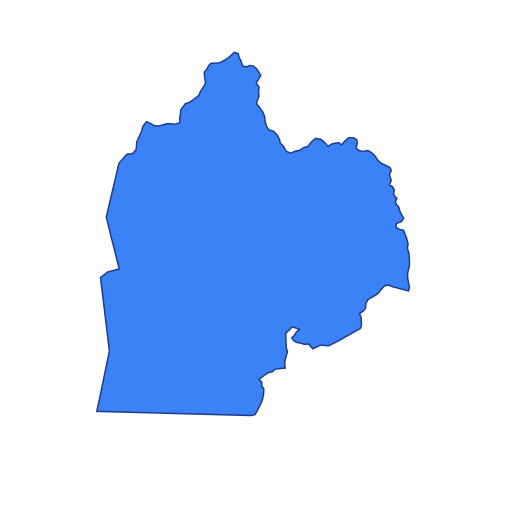 Caturama, Bahia, Brazil, rotated 15°
{"feature_id": "56859067B37674198334036", "entity_name": "Caturama", "entity_type": "district", "adm_level": 2, "iso_a3": "BRA", "parent_name": "Brazil", "parent_adm1": "Bahia", "projection": "albers", "projection_center": [-42.287, -13.232], "detail": "fine", "context": "isolated", "style": "filled", "palette": "blue", "viewbox_px": 512, "rotation_deg": 15, "n_neighbors": 0, "source": "geoboundaries", "source_scale": "gbopen_adm2", "svg_char_len": 2544}
<svg xmlns="http://www.w3.org/2000/svg" viewBox="0 0 512 512"><g transform="rotate(15 256 256)"><path d="M412.4,250.3L412.3,246.4L409.9,241.8L407.8,236.9L406.8,232.6L406.8,228.4L406.5,224.7L405.1,219.8L403.3,214.2L400.3,209.6L399.7,204.9L396.7,199.6L393.5,195.2L391.5,192.8L388.2,193.3L383.9,192.1L383.1,188.4L387.5,185.1L388.9,181.4L386.7,179.1L383.6,175.9L381.2,171.7L378.1,169.9L376.5,167.1L377.1,163.9L373.0,161.2L372.5,156.4L369.7,153.6L366.3,153.1L367.1,148.1L363.7,142.8L364.5,138.3L362.4,135.8L356.7,134.6L352.4,133.9L348.8,131.9L345.1,128.6L340.8,126.3L336.9,125.1L332.3,127.3L328.1,127.5L324.5,125.8L324.7,121.0L323.3,117.7L319.9,116.5L315.0,117.8L311.7,122.7L309.8,126.7L306.9,125.1L304.0,126.2L300.4,128.0L297.1,131.4L293.7,129.1L288.8,126.5L283.1,127.0L279.7,131.8L278.0,136.7L274.2,138.8L270.8,142.7L266.8,144.5L263.1,147.7L258.2,147.1L254.0,142.9L250.2,140.7L248.6,137.5L245.6,134.0L240.5,130.9L235.6,130.8L232.8,128.1L230.2,124.3L228.2,119.0L225.4,115.3L220.8,111.4L217.4,109.1L216.9,105.4L217.6,101.2L216.0,96.8L215.2,92.2L211.4,88.9L212.6,84.7L213.9,80.5L211.0,77.5L207.6,74.8L204.4,73.2L200.7,73.6L198.0,75.6L194.1,76.1L191.3,71.9L188.1,68.3L186.6,65.3L182.6,64.7L180.4,68.0L177.9,71.8L175.1,74.8L171.5,78.3L167.7,80.1L162.9,81.3L160.9,84.6L160.1,88.6L158.5,91.8L160.4,97.4L162.5,102.0L161.6,106.0L159.7,111.4L159.3,115.6L156.1,119.8L151.9,124.8L148.3,127.2L147.1,130.4L145.5,134.3L146.3,138.0L146.5,142.0L147.9,147.0L143.7,149.8L139.5,150.2L135.2,151.5L128.3,155.7L123.8,156.4L119.3,155.2L115.5,154.6L113.1,160.3L113.2,165.2L112.3,170.3L111.3,176.8L112.0,180.5L112.7,184.2L110.1,189.2L105.0,191.1L99.6,201.8L101.3,257.2L104.7,263.3L113.9,280.0L118.7,288.4L122.8,296.0L125.6,300.9L127.3,303.9L116.9,309.8L111.4,317.1L139.0,385.7L140.2,406.5L141.9,435.9L142.4,447.3L292.0,411.5L296.0,409.6L297.3,405.0L298.5,399.5L299.2,394.8L299.4,391.5L299.0,387.3L298.0,382.4L295.1,380.0L294.4,376.7L290.8,374.3L292.9,371.8L295.6,368.2L298.3,365.3L301.8,363.6L303.6,360.4L313.2,356.7L311.3,351.5L311.0,346.5L311.2,340.4L309.1,337.0L308.1,333.9L304.7,323.1L306.4,320.2L309.5,315.0L317.0,315.6L314.8,318.7L313.6,322.8L311.7,325.8L314.6,328.1L317.7,328.9L321.6,328.6L325.6,328.8L329.6,327.4L334.9,330.9L338.2,328.1L341.4,325.3L345.2,324.7L349.3,324.0L357.0,317.2L375.6,298.9L375.7,295.2L374.6,291.6L373.6,288.4L370.8,284.9L374.1,281.0L375.3,277.7L374.3,273.3L375.7,268.7L379.1,265.3L381.5,263.1L384.0,259.6L386.1,254.8L388.2,251.3L391.4,249.9L395.8,250.3L406.3,250.3L412.4,250.3Z" fill="#3b82f6" stroke="#1e3a8a" stroke-width="1.5"/></g></svg>